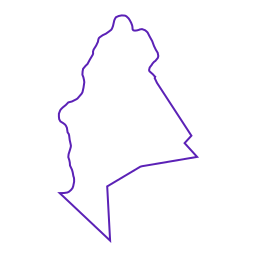 Mason, West Virginia, United States of America (Equal Earth projection)
{"feature_id": "52423323B68405193247376", "entity_name": "Mason", "entity_type": "district", "adm_level": 2, "iso_a3": "USA", "parent_name": "United States of America", "parent_adm1": "West Virginia", "projection": "equal_earth", "projection_center": [-82.067, 38.752], "detail": "fine", "context": "isolated", "style": "outline", "palette": "violet", "viewbox_px": 256, "rotation_deg": 0, "n_neighbors": 0, "source": "geoboundaries", "source_scale": "gbopen_adm2", "svg_char_len": 1484}
<svg xmlns="http://www.w3.org/2000/svg" viewBox="0 0 256 256"><path d="M96.7,44.4L96.2,45.5L93.6,49.6L93.0,51.7L93.1,53.7L92.7,54.8L89.9,59.5L87.5,64.0L85.6,65.8L83.1,68.8L82.6,71.4L82.4,74.7L83.4,77.3L83.7,78.7L84.0,80.0L84.3,82.2L83.5,87.7L82.5,92.1L81.7,93.6L77.4,98.6L76.1,99.4L71.9,101.5L68.3,102.4L65.8,105.0L62.7,107.5L61.1,109.1L60.2,110.3L58.9,113.7L58.9,116.7L59.2,119.2L60.4,121.4L63.3,123.2L65.1,124.6L65.9,125.7L66.9,127.8L67.6,132.4L68.7,133.9L69.1,135.3L69.7,140.0L70.3,142.7L70.9,145.5L70.8,146.9L70.1,149.4L68.6,154.2L68.3,157.1L69.3,160.2L69.8,162.6L70.0,165.5L72.0,169.8L72.7,172.3L73.4,176.2L73.9,177.6L74.1,179.1L74.1,181.8L73.2,186.2L72.5,188.1L71.1,189.9L69.0,191.7L67.4,192.5L63.9,193.0L59.7,193.1L110.1,240.6L107.2,186.4L140.3,166.7L142.1,166.2L197.1,156.9L184.6,143.1L191.4,135.7L179.1,116.8L157.0,82.9L154.7,78.1L155.2,76.7L154.7,76.4L153.0,74.4L149.6,71.4L149.2,70.7L149.1,69.9L149.7,67.5L152.0,64.5L152.4,63.7L154.2,61.7L155.3,61.0L157.6,58.2L157.9,57.7L158.3,56.0L157.7,52.8L155.8,49.7L154.0,46.0L152.2,41.1L149.7,36.6L147.6,32.5L146.5,31.4L145.0,30.2L142.0,29.1L139.6,29.5L139.1,29.8L137.0,30.4L135.1,30.6L134.0,30.5L133.4,30.3L132.9,29.8L132.6,29.3L132.4,26.7L132.1,25.3L131.1,22.7L129.7,20.1L128.6,18.4L126.4,16.3L124.9,15.6L121.7,15.4L118.7,16.0L116.0,17.2L115.2,18.4L114.3,20.3L113.0,26.0L112.0,28.6L111.2,29.8L109.0,31.5L105.9,33.7L102.7,35.2L99.7,37.3L98.9,38.1L98.4,39.3L97.9,41.9L96.7,44.4Z" fill="none" stroke="#5b21b6" stroke-width="2"/></svg>